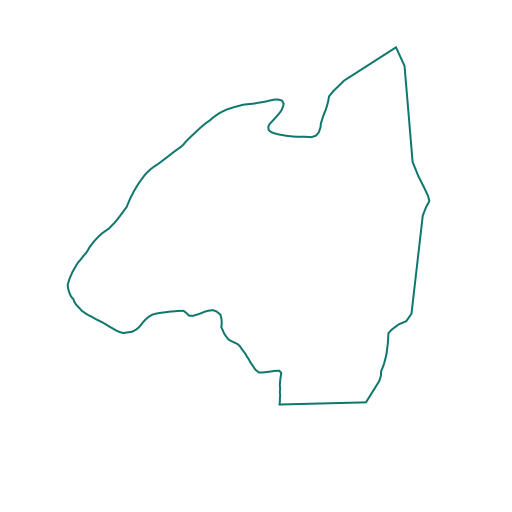 Jahaf, Al Dali', Yemen, rotated 256°
{"feature_id": "15242507B12481598225051", "entity_name": "Jahaf", "entity_type": "district", "adm_level": 2, "iso_a3": "YEM", "parent_name": "Yemen", "parent_adm1": "Al Dali'", "projection": "equal_earth", "projection_center": [44.673, 13.731], "detail": "fine", "context": "isolated", "style": "outline", "palette": "teal", "viewbox_px": 512, "rotation_deg": 256, "n_neighbors": 0, "source": "geoboundaries", "source_scale": "gbopen_adm2", "svg_char_len": 2917}
<svg xmlns="http://www.w3.org/2000/svg" viewBox="0 0 512 512"><g transform="rotate(256 256 256)"><path d="M106.2,242.9L87.4,327.3L104.7,345.2L109.4,348.2L114.1,349.6L116.6,351.5L120.0,353.9L123.1,355.6L126.2,357.3L129.2,358.8L132.1,360.0L135.6,361.3L138.5,362.5L142.1,363.7L146.1,364.9L149.1,365.9L151.7,369.8L155.1,377.9L156.4,386.0L162.4,392.9L194.4,404.9L254.9,427.6L262.2,432.8L267.4,437.5L272.5,437.5L281.6,435.7L294.5,432.8L309.4,430.7L358.7,438.7L404.6,446.1L424.6,442.3L416.7,418.9L411.6,403.8L405.0,384.2L397.3,370.9L393.3,365.6L392.8,365.3L389.2,363.7L386.3,362.2L383.2,360.4L380.5,358.7L378.0,356.8L375.3,354.9L372.1,353.0L368.9,351.0L365.9,350.0L363.1,348.4L360.5,346.6L358.2,343.0L357.9,338.5L359.0,335.1L360.4,330.4L361.4,325.9L362.8,321.4L364.0,318.0L365.3,314.5L367.0,310.8L368.4,307.5L370.4,303.9L372.6,300.6L375.2,298.8L378.5,299.2L381.0,301.4L383.1,304.8L385.4,308.2L387.5,311.3L389.5,314.0L391.7,316.4L394.4,318.3L397.1,319.7L400.5,318.8L402.5,315.3L403.3,311.7L403.5,307.4L403.5,303.6L403.7,299.9L404.1,295.9L404.3,291.9L404.7,288.2L405.4,284.2L405.9,279.9L405.8,276.1L405.8,271.5L405.5,267.2L405.2,262.9L404.3,258.4L403.4,254.8L401.9,250.8L400.3,246.9L398.6,243.7L397.3,240.1L395.7,236.6L394.1,233.4L392.1,229.8L390.1,226.3L388.1,222.6L386.0,219.0L383.7,215.2L381.5,212.3L379.8,208.9L378.4,205.3L377.0,201.8L375.1,197.5L373.5,193.9L371.8,190.0L370.2,186.2L368.6,182.3L367.4,178.7L365.8,174.9L363.4,170.6L361.3,167.4L358.7,164.3L355.9,160.9L353.5,158.3L351.1,155.9L348.4,153.2L346.0,151.2L343.5,148.9L340.1,146.2L337.5,144.3L334.8,142.3L332.7,139.7L330.4,137.0L327.5,133.4L325.0,130.3L322.2,126.4L320.1,122.9L318.2,119.9L316.8,116.1L315.3,112.3L313.4,108.7L311.6,105.8L309.4,102.4L307.1,99.5L304.6,96.4L302.2,94.2L300.0,91.8L297.9,88.7L294.8,84.8L292.9,82.0L290.6,79.5L287.8,76.9L285.1,74.2L281.6,71.5L279.1,69.6L276.3,67.9L273.6,66.3L270.7,65.9L267.8,65.9L264.3,66.2L261.2,66.8L258.2,68.4L255.2,68.7L251.8,69.9L248.5,71.9L245.1,73.6L241.9,76.4L239.0,79.2L236.8,81.9L233.2,85.6L230.8,88.5L228.6,91.1L225.8,94.0L223.0,96.6L220.6,99.2L217.8,102.0L215.4,105.1L213.4,108.4L213.0,112.3L212.5,117.3L213.5,121.6L215.0,124.9L217.2,128.0L219.3,130.7L221.3,133.8L223.0,137.2L224.1,141.0L224.3,144.8L224.0,149.2L223.3,154.9L222.8,159.4L222.0,163.9L221.3,168.4L220.3,172.5L217.4,174.7L214.4,176.5L213.2,180.2L213.4,185.2L213.8,189.2L214.4,193.0L214.4,197.3L213.8,201.2L211.6,204.4L207.6,207.3L204.5,207.3L201.3,207.0L198.1,206.2L195.4,205.1L192.4,205.7L189.1,206.2L186.2,207.1L181.8,209.0L179.4,211.4L177.3,214.1L174.8,217.0L172.2,218.6L169.5,219.6L166.1,221.0L163.3,222.2L160.4,222.9L157.7,224.0L154.3,224.8L151.1,226.0L148.2,227.0L145.3,228.2L142.2,230.8L141.3,234.6L140.8,238.4L140.3,243.0L139.9,246.8L139.0,250.9L136.3,252.2L133.5,251.0L130.6,249.8L127.7,248.8L124.8,247.8L121.7,247.4L118.1,246.2L115.1,245.8L112.3,244.8L109.5,244.1L106.2,242.9Z" fill="none" stroke="#0f766e" stroke-width="2"/></g></svg>